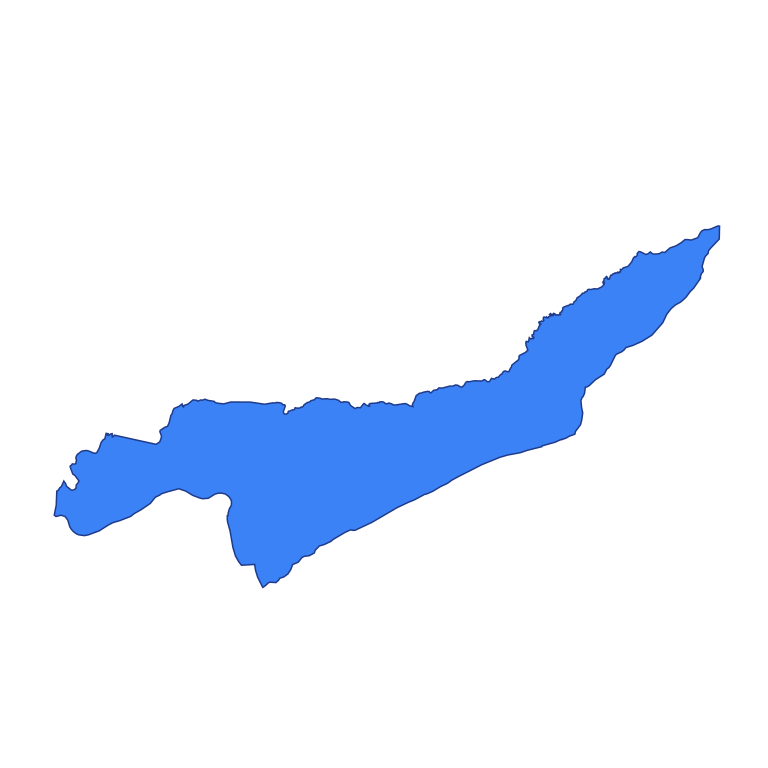 San Zenón, Magdalena, Colombia, rotated 12°
{"feature_id": "7082276B67233849099961", "entity_name": "San Zenón", "entity_type": "district", "adm_level": 2, "iso_a3": "COL", "parent_name": "Colombia", "parent_adm1": "Magdalena", "projection": "albers", "projection_center": [-74.331, 9.355], "detail": "fine", "context": "isolated", "style": "filled", "palette": "blue", "viewbox_px": 768, "rotation_deg": 12, "n_neighbors": 0, "source": "geoboundaries", "source_scale": "gbopen_adm2", "svg_char_len": 6135}
<svg xmlns="http://www.w3.org/2000/svg" viewBox="0 0 768 768"><g transform="rotate(12 384 384)"><path d="M282.2,590.9L295.0,587.4L297.0,592.8L300.5,599.1L307.7,608.2L309.8,606.0L312.4,602.4L313.5,601.6L319.6,600.7L321.7,597.8L322.4,595.7L326.2,593.5L329.5,589.7L331.4,584.9L332.2,579.6L337.2,576.1L339.9,570.6L342.1,569.0L346.6,567.5L351.0,563.7L351.3,560.9L354.4,555.9L359.0,553.4L364.7,549.0L366.8,546.4L376.9,537.1L381.7,533.6L384.2,533.6L386.1,533.1L401.0,521.8L422.5,502.2L432.5,494.6L437.7,491.1L446.7,483.5L448.7,482.6L453.9,478.9L460.6,472.6L466.7,468.0L470.3,464.0L475.5,459.5L496.4,442.6L512.6,431.6L519.9,427.7L531.5,422.9L538.3,418.9L551.4,412.5L551.4,411.7L563.4,405.4L569.0,401.3L569.2,401.6L573.4,399.0L576.0,396.6L581.1,393.4L581.1,390.7L584.7,382.9L584.9,378.1L584.4,371.0L582.1,365.7L580.1,359.4L580.4,356.9L581.6,354.1L582.1,351.0L581.6,345.3L582.2,345.3L584.8,343.3L590.0,335.8L597.4,328.5L598.8,323.2L600.6,321.1L601.5,319.1L604.2,308.5L605.0,306.7L610.0,302.9L611.8,300.7L613.1,298.0L619.3,294.6L627.6,288.5L635.9,280.5L643.9,266.2L646.1,257.0L649.1,250.7L652.5,246.2L657.1,242.2L659.4,239.2L661.5,236.1L664.3,229.9L666.9,226.0L671.4,215.4L671.6,214.6L671.1,214.5L671.5,210.1L672.8,207.7L672.5,205.9L670.7,203.0L671.3,194.1L671.7,192.5L673.9,188.8L673.7,186.2L675.2,183.3L681.8,172.5L679.4,159.8L677.7,160.0L671.1,164.6L668.8,165.7L665.5,166.3L663.1,168.1L662.1,169.9L660.4,175.7L654.7,179.3L649.7,179.8L648.3,180.3L645.2,184.1L641.0,188.1L635.5,191.4L631.3,197.0L628.6,197.1L625.9,199.5L621.1,200.8L619.5,200.8L617.0,199.4L615.4,201.5L613.3,202.9L607.5,201.4L605.8,201.4L604.5,203.7L604.9,205.2L604.5,206.4L603.7,207.3L602.9,207.2L601.8,208.7L600.9,213.0L598.2,218.3L593.8,220.7L592.9,222.6L591.4,222.8L592.0,225.1L590.9,225.4L590.9,226.3L590.1,226.6L589.3,226.0L587.9,227.5L586.9,227.2L586.4,228.2L585.4,228.4L584.5,229.3L584.2,230.4L583.1,230.6L582.5,234.8L581.1,234.9L580.9,233.9L580.0,233.9L579.9,232.9L579.2,232.6L578.3,234.6L577.4,235.1L577.7,236.8L576.9,238.8L577.5,239.8L578.4,239.0L578.7,240.3L577.0,243.6L573.0,246.7L569.9,247.1L566.9,248.5L564.3,248.9L563.7,249.4L563.0,251.4L561.6,252.1L560.6,253.6L559.2,254.0L557.9,256.6L555.0,259.5L554.3,262.5L552.9,264.0L552.3,266.7L549.4,267.3L548.2,268.9L547.3,269.1L543.4,271.7L543.0,272.7L543.5,274.3L542.8,275.3L542.9,276.5L541.5,277.3L541.3,278.0L541.6,278.9L542.2,279.1L542.1,279.6L540.9,279.6L540.2,280.5L538.7,280.3L537.6,281.0L536.9,280.6L536.7,279.9L535.3,279.6L534.8,280.4L535.5,280.7L535.2,281.7L534.4,281.4L534.0,282.4L533.4,282.2L533.3,281.1L532.2,280.5L531.4,281.7L532.6,282.7L532.1,283.5L531.0,284.0L530.7,285.3L529.9,285.4L529.1,284.5L528.5,285.3L526.6,285.2L526.1,285.7L526.3,287.7L527.1,288.3L526.8,289.2L526.3,289.7L524.9,289.6L524.4,290.4L522.9,290.8L522.7,291.9L524.7,292.6L525.0,293.1L523.8,293.8L524.1,295.0L523.6,295.6L523.3,298.0L522.4,300.0L520.4,300.4L519.8,301.1L520.0,304.5L518.6,305.2L518.9,306.4L520.8,307.1L520.8,308.4L520.3,308.7L519.4,308.3L518.2,309.5L516.5,308.5L516.6,312.5L515.5,313.0L514.7,312.5L514.3,312.7L514.1,314.0L514.9,316.6L517.7,321.0L516.3,322.7L516.1,323.5L510.6,327.9L510.3,328.7L510.8,331.3L510.5,332.3L505.1,339.0L505.1,340.9L504.3,342.7L503.6,345.8L502.2,346.3L499.8,346.0L498.7,346.6L497.7,348.0L497.3,349.8L496.2,350.4L494.3,353.7L492.5,354.3L490.9,356.3L488.0,356.1L486.8,359.3L486.0,360.0L484.6,360.3L482.2,359.0L480.9,359.0L479.2,360.7L471.6,362.1L467.2,364.0L464.8,364.3L463.6,365.5L462.8,368.2L460.9,370.8L459.4,370.9L456.3,369.9L454.1,370.1L451.7,371.8L448.7,372.4L441.8,375.9L438.5,376.4L437.1,378.6L433.9,379.8L431.8,382.9L431.0,382.9L429.7,382.0L428.4,382.1L424.1,383.9L422.2,385.2L420.8,385.5L417.9,388.7L417.1,394.6L416.1,397.4L416.2,398.9L417.0,400.1L413.7,400.0L410.3,398.8L408.4,398.8L399.2,402.3L397.2,402.5L396.0,401.9L393.4,401.6L392.3,401.8L391.2,402.8L389.5,402.8L387.4,401.8L385.6,401.8L383.5,402.4L383.1,403.3L381.8,403.4L380.6,404.2L374.6,405.9L373.5,407.0L374.5,408.6L373.9,409.0L370.7,408.2L368.8,407.2L368.2,407.4L365.9,412.1L362.8,412.5L360.8,414.0L356.4,412.3L355.3,411.5L353.7,409.5L352.4,409.2L348.4,409.7L347.0,410.6L345.3,410.7L342.9,409.4L338.8,409.0L334.5,410.2L331.5,410.2L326.4,411.6L324.6,411.2L320.9,411.5L320.1,412.1L319.3,413.8L316.0,415.5L315.1,416.9L312.7,418.2L310.1,421.0L309.7,422.6L309.0,423.4L308.0,423.6L306.6,425.0L303.9,425.7L302.0,425.7L301.7,427.6L299.0,428.8L297.7,430.0L296.3,430.4L296.0,431.1L296.2,432.2L295.2,433.4L293.5,434.1L292.7,434.0L291.7,433.0L291.3,431.9L292.0,426.3L291.6,425.3L290.8,425.0L289.4,425.4L288.0,424.2L285.5,424.0L282.3,424.5L280.9,425.5L279.3,425.5L271.5,428.6L256.9,429.5L237.8,433.5L231.3,436.8L224.5,437.4L222.8,437.2L221.5,436.3L215.1,436.6L212.0,436.1L210.0,437.5L208.1,437.7L205.6,439.5L204.1,438.9L200.5,439.3L196.3,444.5L192.8,446.6L192.7,448.1L191.8,447.8L190.6,445.5L188.0,448.6L183.8,451.5L183.1,453.9L182.9,457.1L182.1,459.1L181.9,466.4L181.1,470.4L178.7,471.8L174.7,475.9L174.7,477.3L177.1,481.0L177.3,483.1L176.7,487.2L173.6,490.4L130.9,490.1L130.2,491.7L129.2,492.2L128.4,489.1L127.2,489.6L125.2,491.7L124.0,491.3L124.5,490.0L122.5,490.0L122.3,495.8L121.0,496.8L119.5,499.9L118.8,506.2L117.3,510.9L116.3,511.7L114.8,512.0L109.0,510.9L106.6,510.9L102.3,512.5L98.7,516.6L98.0,518.8L98.0,520.6L99.0,522.2L99.0,526.0L97.9,526.7L95.7,527.0L95.0,528.6L94.2,529.3L94.2,530.3L98.3,536.8L100.8,537.8L105.8,542.3L105.1,544.7L104.0,546.5L104.3,550.1L103.3,551.4L101.3,552.7L100.1,552.8L94.6,549.9L93.5,547.9L91.0,545.5L89.8,551.3L88.4,553.0L87.6,555.5L86.2,556.8L88.6,570.8L88.7,580.8L90.7,581.8L95.4,579.5L99.6,579.9L103.0,582.9L106.5,589.2L108.4,591.2L111.3,593.2L114.6,594.6L116.7,595.0L122.5,594.6L126.4,592.9L135.9,586.9L143.4,579.5L147.5,576.1L154.4,572.3L163.8,566.1L166.5,562.8L173.0,557.0L180.3,549.3L183.9,542.2L187.6,539.4L189.3,537.5L195.1,534.2L205.1,529.1L212.4,530.0L220.1,532.7L228.1,533.9L230.6,533.9L235.9,532.3L241.6,526.8L244.8,525.2L247.9,524.5L251.8,524.6L255.5,526.3L257.9,528.5L259.3,530.7L259.9,534.4L258.7,538.1L258.4,542.5L258.7,545.2L258.1,545.4L258.9,549.3L259.7,551.5L263.9,559.6L270.3,575.5L274.5,583.1L278.7,587.9L282.2,590.9Z" fill="#3b82f6" stroke="#1e3a8a" stroke-width="1.5"/></g></svg>